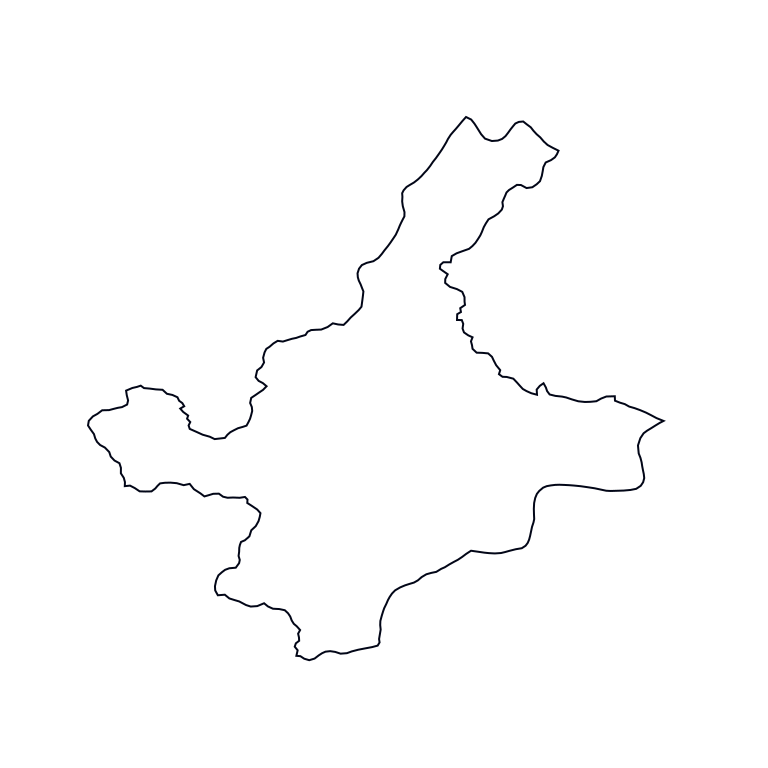 outline of Boa Esperança, Minas Gerais, Brazil, rotated 102°
{"feature_id": "56859067B93619911659147", "entity_name": "Boa Esperança", "entity_type": "district", "adm_level": 2, "iso_a3": "BRA", "parent_name": "Brazil", "parent_adm1": "Minas Gerais", "projection": "equal_earth", "projection_center": [-45.644, -21.057], "detail": "fine", "context": "isolated", "style": "outline", "palette": "ink", "viewbox_px": 768, "rotation_deg": 102, "n_neighbors": 0, "source": "geoboundaries", "source_scale": "gbopen_adm2", "svg_char_len": 5756}
<svg xmlns="http://www.w3.org/2000/svg" viewBox="0 0 768 768"><g transform="rotate(102 384 384)"><path d="M516.0,215.1L512.8,211.9L509.6,210.4L506.1,209.7L502.3,209.5L497.5,209.5L492.9,209.5L488.4,209.0L484.9,209.0L480.3,210.2L474.9,211.5L469.2,212.4L464.0,212.4L459.7,211.6L456.3,209.9L452.3,206.8L450.1,203.6L448.5,199.7L447.1,195.6L446.1,191.6L445.2,186.4L444.4,181.4L443.8,176.8L443.1,170.5L442.6,163.2L442.2,156.3L442.2,150.3L442.2,144.4L441.5,140.0L440.1,134.3L438.4,127.4L436.4,120.9L434.1,115.5L430.2,111.7L426.2,110.1L421.9,109.9L418.0,111.2L414.4,112.8L410.6,114.4L407.1,115.7L402.9,117.8L399.0,120.4L395.5,121.5L391.3,122.8L383.7,122.0L378.2,119.8L374.9,116.9L371.9,113.7L368.2,109.9L364.8,106.3L362.0,102.9L360.7,110.3L359.0,116.2L357.5,121.8L356.3,128.1L355.5,133.9L355.1,139.5L353.6,144.3L353.2,149.3L352.3,154.6L348.0,155.7L350.0,163.9L353.1,168.6L356.7,172.7L358.5,178.4L359.8,183.7L360.5,190.4L360.0,197.0L359.3,203.0L359.3,207.2L360.0,213.9L359.8,219.8L357.0,223.0L353.8,224.9L350.1,228.1L353.4,231.2L357.7,233.5L362.7,232.1L362.4,238.0L361.3,243.1L360.0,247.2L357.3,251.0L355.0,254.1L351.9,258.6L351.6,265.4L352.3,269.6L350.5,273.6L346.3,273.2L342.3,278.2L338.3,281.5L335.0,284.0L332.4,288.5L333.1,294.3L334.1,299.9L331.2,304.7L327.7,306.0L324.2,307.8L319.9,307.1L318.9,311.7L316.9,316.5L313.4,318.7L308.7,319.0L305.3,321.2L306.2,325.9L300.5,326.9L297.6,323.7L294.0,325.2L289.8,321.2L286.8,322.3L282.3,323.3L277.6,326.6L276.0,332.4L275.3,339.6L272.4,345.2L268.6,345.9L263.4,344.5L261.2,349.7L259.6,353.3L255.8,353.7L252.6,351.3L251.1,344.1L244.8,344.3L241.1,340.2L237.9,335.1L234.1,328.9L230.7,326.2L226.9,323.9L222.4,322.1L218.6,320.7L215.1,319.9L209.8,319.0L205.6,317.7L201.2,316.0L197.0,311.1L193.4,307.7L188.9,305.0L185.4,304.6L181.5,306.0L177.8,305.3L174.5,304.6L171.2,304.0L168.3,302.1L165.1,298.8L161.6,295.4L160.9,291.4L162.7,285.3L160.7,279.8L156.9,276.2L153.2,273.6L147.7,272.9L143.0,273.0L138.7,273.2L133.7,271.9L130.3,267.2L126.8,264.0L123.3,262.6L119.5,261.8L117.9,268.0L116.2,273.7L113.6,278.1L110.3,282.4L107.9,286.7L105.2,290.5L102.4,293.8L100.3,298.4L98.3,302.4L99.6,306.6L101.9,309.7L104.9,311.3L108.5,313.1L112.6,314.9L116.3,316.7L119.7,319.4L122.2,323.2L123.9,329.0L123.0,336.2L119.5,340.9L116.2,344.1L113.0,347.2L110.5,349.7L107.2,353.7L105.8,359.3L110.7,362.1L115.7,364.7L119.6,366.8L122.9,368.7L126.4,370.6L131.1,372.4L134.5,373.3L138.4,374.6L142.6,376.1L147.2,378.0L152.3,380.2L156.5,382.3L161.2,384.2L165.9,386.5L169.1,388.5L172.7,390.5L176.9,393.4L180.7,396.6L183.7,399.9L186.6,402.9L190.5,405.1L193.6,405.9L197.1,404.9L201.6,404.2L206.1,402.6L211.6,399.7L215.8,398.9L219.3,399.9L222.8,400.8L225.8,401.5L229.8,402.2L235.5,403.5L240.0,405.3L244.4,407.1L248.4,408.9L253.3,411.4L257.1,413.1L261.7,415.6L266.1,419.9L269.1,426.1L272.3,430.4L276.4,432.4L281.2,432.9L285.0,431.8L288.0,430.2L291.5,427.5L294.9,425.3L297.7,423.4L301.6,423.0L306.4,422.6L313.1,422.1L316.9,424.1L321.6,427.3L325.9,430.4L330.3,432.9L334.6,435.8L335.3,441.2L335.3,446.7L340.0,451.0L343.8,456.7L345.2,462.2L346.4,466.5L348.8,469.6L352.4,471.0L355.0,475.9L357.2,479.5L358.9,483.4L361.2,487.6L363.5,491.7L363.9,497.0L367.3,500.6L371.4,503.7L374.1,506.4L377.9,507.4L383.5,507.7L387.9,505.8L392.9,507.4L397.1,510.9L404.0,511.0L407.0,507.3L408.3,502.7L410.6,498.4L414.9,501.1L418.3,504.4L421.4,507.3L425.2,511.0L430.4,511.0L434.0,508.5L437.8,507.3L442.5,507.5L445.9,507.8L449.6,508.7L453.3,509.8L455.4,513.4L457.6,517.6L460.3,521.0L463.1,524.3L466.2,526.6L469.8,528.4L471.4,533.1L473.1,538.2L471.8,543.4L471.3,550.8L469.8,557.6L468.3,564.7L465.2,566.5L461.5,565.6L458.9,569.4L455.6,569.0L453.1,574.6L450.4,578.2L447.3,574.8L444.6,577.3L443.0,580.9L439.9,583.3L438.7,588.7L438.7,594.3L435.7,599.4L436.7,606.0L437.2,612.3L437.9,617.9L436.2,621.6L438.2,625.0L440.2,629.3L444.1,634.9L448.4,633.3L453.3,630.9L457.5,631.0L461.1,635.5L462.6,639.3L464.6,643.4L466.7,647.5L468.3,654.2L472.8,658.1L476.2,662.0L481.4,665.1L486.1,664.9L489.5,661.5L493.3,657.3L497.3,655.1L500.3,652.6L502.7,649.0L504.2,643.8L507.7,638.6L511.8,636.2L514.9,631.7L516.5,626.3L520.7,623.9L526.1,622.8L529.9,619.0L533.8,617.0L537.8,616.3L536.2,611.3L537.6,606.2L539.8,600.7L538.8,595.2L537.4,589.1L533.8,586.0L530.8,584.4L527.8,582.4L526.2,577.9L524.9,572.5L524.1,566.1L524.6,558.9L522.1,553.3L526.4,548.1L529.2,540.7L531.3,536.3L529.4,532.7L526.9,528.2L525.6,522.7L527.7,518.0L527.8,513.4L526.4,508.0L525.3,501.5L523.4,496.5L525.4,493.5L528.8,493.0L530.6,488.2L533.1,482.0L536.0,478.0L539.8,477.9L544.2,478.2L549.7,479.9L554.7,483.4L561.0,484.0L565.8,487.6L568.2,491.0L571.4,491.5L574.4,491.5L578.3,490.8L582.4,490.5L586.1,488.5L589.4,488.5L594.5,490.8L596.4,497.0L598.8,500.8L601.8,503.4L605.6,506.2L611.0,507.3L616.9,507.3L621.0,506.2L625.2,502.6L623.2,495.9L625.9,490.7L626.4,485.5L626.8,480.4L628.9,473.0L629.4,468.1L627.6,461.8L623.4,455.7L625.7,451.3L626.9,445.9L625.9,439.6L625.9,434.0L628.2,430.2L630.9,427.4L634.5,425.1L637.3,422.4L639.1,419.0L642.1,414.9L646.1,416.1L649.5,414.5L652.8,413.6L656.0,416.3L659.5,416.7L662.4,413.1L668.1,413.2L667.6,409.2L669.3,404.9L669.7,399.7L667.0,394.8L663.0,391.4L660.2,388.6L658.0,385.6L656.5,381.1L656.2,376.0L656.8,370.4L655.0,364.3L652.3,360.0L649.3,354.0L646.8,348.1L643.8,340.9L641.2,335.8L637.7,334.6L634.5,335.8L629.6,336.0L624.9,336.2L620.6,337.6L616.5,338.3L610.9,338.0L606.5,337.6L603.3,337.2L598.5,336.0L594.5,335.2L591.2,334.2L587.3,332.6L583.5,330.2L579.6,325.9L576.6,321.6L574.3,317.6L572.0,313.4L569.0,310.0L565.1,307.1L561.3,303.0L558.9,298.4L556.9,293.8L552.9,289.6L550.6,286.4L546.9,282.6L543.4,278.6L540.6,275.2L536.9,271.6L533.1,268.3L529.0,264.2L528.5,257.0L528.1,250.7L527.6,246.1L526.7,240.4L525.0,234.4L523.2,230.6L521.2,226.8L518.2,220.7L516.0,215.1Z" fill="none" stroke="#020617" stroke-width="2"/></g></svg>